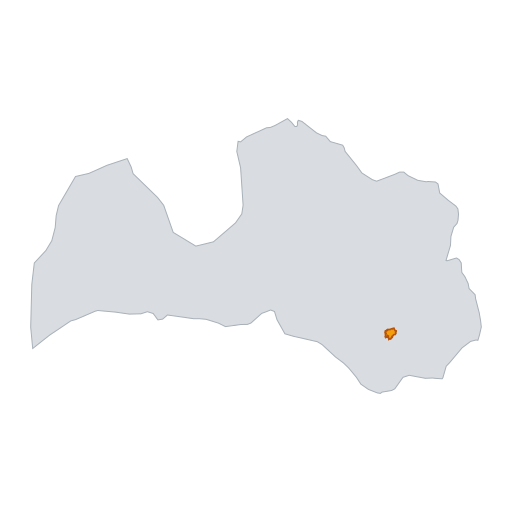 location of Aizkalnes pag., Preilu, Latvia
{"feature_id": "27541924B10227546219094", "entity_name": "Aizkalnes pag.", "entity_type": "district", "adm_level": 2, "iso_a3": "LVA", "parent_name": "Latvia", "parent_adm1": "Preilu", "projection": "mercator", "projection_center": [26.738, 56.2], "detail": "fine", "context": "in_parent", "style": "filled", "palette": "amber", "viewbox_px": 512, "rotation_deg": 0, "n_neighbors": 0, "source": "geoboundaries", "source_scale": "gbopen_adm2", "svg_char_len": 4306}
<svg xmlns="http://www.w3.org/2000/svg" viewBox="0 0 512 512"><path d="M380.4,393.4L377.3,392.9L368.4,389.4L360.9,384.2L356.4,377.3L348.6,367.9L343.5,363.0L335.5,357.0L322.1,344.6L317.3,341.7L293.5,336.3L284.9,333.8L277.0,319.7L274.5,311.5L270.6,310.0L266.3,311.7L261.7,313.4L251.0,323.0L247.5,324.4L240.9,324.5L225.4,326.6L218.4,323.1L206.1,319.3L199.5,318.7L193.6,318.7L167.4,315.0L162.7,319.1L157.9,319.9L153.2,313.5L147.4,311.7L140.9,313.8L129.3,314.1L115.4,312.1L97.8,310.5L95.2,311.2L75.6,319.6L70.8,320.9L49.5,335.2L32.7,348.5L30.7,327.2L31.8,284.4L34.3,263.0L45.9,250.5L51.8,240.7L55.2,227.6L56.2,215.5L58.6,205.5L75.5,176.5L88.9,173.4L107.0,165.3L127.2,158.6L131.2,167.1L133.1,173.7L157.5,197.4L163.7,205.3L173.2,232.4L195.8,246.1L213.5,241.8L221.3,235.1L235.5,222.9L241.8,213.9L243.1,205.2L240.6,167.8L236.8,151.5L238.1,141.3L240.6,141.9L246.6,136.9L266.5,127.8L270.5,127.4L275.0,125.5L287.5,118.6L291.5,122.3L294.9,126.5L296.7,126.5L297.6,125.0L297.4,122.2L298.3,120.3L301.9,121.4L316.4,132.8L321.9,135.5L325.7,136.2L330.3,141.6L342.7,145.2L344.2,147.9L345.1,151.4L356.7,165.8L361.9,173.0L372.2,179.6L376.6,181.2L394.6,174.4L399.6,172.1L403.8,172.1L408.0,175.6L417.7,180.3L426.4,181.8L428.0,181.5L435.4,182.0L438.0,183.9L439.7,193.0L448.1,200.2L455.9,206.1L457.9,208.9L458.5,214.1L458.0,220.3L457.0,223.5L453.7,227.2L450.9,236.5L450.5,245.3L446.0,260.5L447.0,260.8L456.5,258.0L459.1,259.6L461.2,262.9L461.8,272.4L464.9,276.7L468.1,283.4L469.1,288.6L475.1,294.7L475.6,298.7L479.2,312.7L480.6,320.8L481.3,327.0L479.5,334.9L477.9,340.3L476.0,340.0L470.6,341.4L462.1,347.8L449.4,362.9L446.2,366.2L442.9,377.7L442.1,378.8L434.7,378.3L432.7,378.0L425.3,378.3L409.2,375.3L403.0,377.3L394.8,388.8L391.6,390.5L382.1,392.1L380.4,393.4Z" fill="#d9dde1" stroke="#a8b0b8" stroke-width="1"/><path d="M385.3,337.0L385.9,336.8L386.0,336.9L386.0,337.2L386.3,336.9L386.5,337.1L386.6,337.3L386.8,337.3L386.6,336.6L386.3,336.6L386.6,336.3L386.8,336.2L387.0,336.2L387.7,335.4L387.6,335.6L387.8,335.8L388.1,336.0L388.1,335.9L388.2,336.0L388.4,336.0L388.4,336.3L388.3,336.5L388.3,336.8L388.4,337.0L388.3,337.3L388.3,337.5L388.4,337.8L388.5,337.9L388.6,338.0L388.6,338.3L388.6,338.5L388.8,338.6L388.8,338.8L388.9,339.0L388.8,339.3L388.8,339.5L389.0,339.4L389.0,339.2L389.4,339.1L389.9,338.8L390.1,339.0L390.3,339.1L390.6,339.1L390.6,338.9L390.7,338.7L390.6,338.4L390.8,338.4L391.0,338.3L391.1,338.2L391.4,338.0L391.5,337.9L391.5,338.0L391.6,337.9L391.6,337.7L391.7,337.4L391.8,337.4L391.8,337.2L391.9,337.3L392.0,337.3L392.1,337.5L392.2,337.4L392.3,337.4L392.4,337.2L392.5,337.0L392.5,336.9L392.6,336.7L392.6,336.4L392.6,336.2L392.6,335.9L392.8,335.6L393.0,335.6L393.4,335.2L393.5,335.0L393.5,334.8L393.6,334.6L393.8,334.6L394.7,334.6L394.8,334.6L395.1,334.6L395.2,334.4L395.2,334.2L395.3,334.2L395.5,334.0L395.6,333.9L395.7,333.6L395.9,333.5L396.0,333.2L395.9,333.0L395.7,332.8L395.5,332.6L395.5,332.4L395.7,332.5L395.7,332.4L395.7,332.2L395.8,332.2L396.0,332.0L396.1,331.8L396.1,331.7L396.3,331.1L396.3,330.8L395.9,330.6L394.9,330.4L394.8,330.2L394.7,329.9L394.6,329.7L394.4,329.1L394.3,328.9L394.0,328.1L393.5,328.2L393.2,328.3L392.9,328.4L393.0,328.5L392.9,328.5L393.0,328.8L392.9,328.8L392.7,328.8L392.5,329.0L392.4,329.0L392.2,329.0L391.9,328.9L391.7,328.8L391.4,328.9L391.2,328.8L391.0,329.0L390.9,329.1L390.6,329.2L390.4,329.2L390.4,329.3L390.3,329.5L390.2,329.5L389.9,329.7L389.5,329.6L389.4,329.5L389.2,329.5L388.7,329.6L388.5,329.4L388.4,329.4L388.3,329.5L388.3,329.4L388.2,329.4L388.0,329.5L387.9,329.5L387.9,329.4L387.7,329.4L387.7,329.5L387.4,329.7L387.2,329.8L387.0,330.0L386.9,330.2L387.0,330.2L386.9,330.2L386.9,330.3L387.0,330.3L387.1,330.6L386.5,330.8L386.4,330.7L386.0,330.8L386.0,330.7L385.9,330.8L385.9,330.7L385.7,330.7L385.5,330.8L385.4,330.8L385.3,331.0L385.2,331.1L385.3,331.3L385.3,331.5L385.2,331.7L385.3,331.8L385.3,332.0L385.2,332.0L385.3,332.0L385.2,332.1L385.3,332.2L385.4,332.3L385.0,332.5L385.1,332.9L385.4,332.7L385.5,332.7L385.8,332.7L385.8,332.9L385.8,333.2L385.7,333.2L385.7,333.3L385.4,333.5L385.4,333.8L385.6,333.8L386.2,333.8L386.2,334.0L385.9,334.3L385.7,334.2L385.4,334.1L385.3,334.3L385.4,334.7L385.6,334.9L385.6,335.0L385.6,335.4L385.6,335.5L385.3,335.9L385.3,336.2L385.2,336.3L385.3,336.5L385.2,336.9L385.3,337.0Z" fill="#f59e0b" stroke="#b45309" stroke-width="1.5"/></svg>